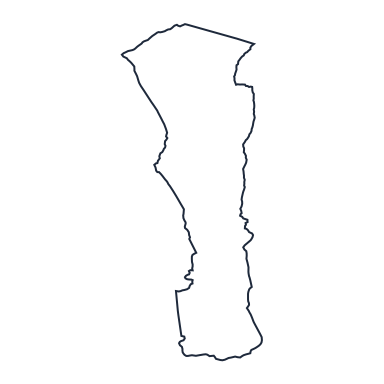 Primeira Cruz, Maranhão, Brazil (Mercator projection), rotated 181°
{"feature_id": "56859067B8659226080379", "entity_name": "Primeira Cruz", "entity_type": "district", "adm_level": 2, "iso_a3": "BRA", "parent_name": "Brazil", "parent_adm1": "Maranhão", "projection": "mercator", "projection_center": [-43.37, -2.679], "detail": "fine", "context": "isolated", "style": "outline", "palette": "slate", "viewbox_px": 384, "rotation_deg": 181, "n_neighbors": 0, "source": "geoboundaries", "source_scale": "gbopen_adm2", "svg_char_len": 4306}
<svg xmlns="http://www.w3.org/2000/svg" viewBox="0 0 384 384"><g transform="rotate(181 192 192)"><path d="M264.5,328.1L263.0,326.2L259.5,324.6L258.3,323.0L256.7,321.7L255.0,320.1L251.9,316.5L251.7,313.7L251.7,312.2L250.1,309.2L248.9,306.8L247.5,302.3L246.7,300.1L245.0,297.1L242.0,292.8L234.1,281.1L232.4,278.8L228.2,272.8L227.5,271.3L223.9,264.7L222.6,262.2L221.0,259.3L219.1,254.5L217.9,250.8L218.6,248.6L218.9,247.1L217.6,245.5L218.5,243.9L219.8,242.4L220.1,239.4L219.3,237.7L219.7,236.0L220.9,234.6L221.4,233.2L222.4,231.4L224.3,230.1L225.3,227.2L224.8,225.1L226.6,222.6L227.1,220.3L228.5,220.0L230.2,218.5L228.9,215.9L228.2,212.7L227.0,211.3L225.3,211.3L223.4,209.4L221.7,207.4L219.1,204.1L217.6,202.5L216.7,201.3L215.8,199.5L214.1,197.4L210.8,192.5L207.7,187.6L205.1,183.3L203.3,180.3L199.8,174.6L200.1,169.9L200.4,168.5L200.1,165.7L199.1,163.5L197.9,161.6L197.8,160.2L198.3,158.5L198.6,157.1L198.3,155.8L196.1,154.1L194.5,151.7L194.1,148.8L193.2,146.7L193.9,145.0L191.4,140.2L186.7,131.3L188.8,130.2L190.4,129.1L191.0,127.5L191.0,125.3L190.8,122.1L190.1,119.6L190.1,117.5L190.5,115.6L190.0,113.7L192.3,113.8L193.7,112.9L192.9,111.1L193.5,109.6L195.0,109.1L196.6,108.1L197.6,106.7L197.0,105.5L195.3,104.7L193.7,104.5L191.1,104.4L189.8,103.9L190.2,102.2L189.9,100.5L191.6,99.8L192.7,98.0L193.2,96.1L195.2,94.7L197.9,93.9L199.9,93.5L201.7,92.7L203.5,92.3L206.3,92.7L204.1,72.9L203.5,68.8L200.1,47.9L197.2,47.3L196.7,45.4L197.9,43.6L200.4,42.7L201.6,41.9L202.3,40.6L201.4,38.6L199.4,37.0L198.8,34.9L198.8,33.3L198.5,31.5L197.7,30.3L196.6,29.0L194.9,28.0L193.3,28.0L191.0,28.5L189.2,28.8L185.2,28.3L181.6,29.0L179.4,29.4L177.9,29.7L175.4,30.0L173.8,29.6L171.6,28.2L167.4,28.7L166.2,27.3L165.1,25.6L162.7,25.0L160.7,24.5L158.6,24.3L156.2,24.9L153.9,26.0L152.5,26.7L150.3,27.1L148.3,27.6L146.0,28.2L143.4,27.6L140.9,27.4L139.2,28.7L137.6,29.7L135.1,30.6L132.9,31.2L130.9,31.8L130.6,33.8L129.9,35.1L127.8,36.1L126.4,36.8L125.1,37.6L123.5,38.7L122.3,39.6L120.9,41.0L119.9,42.7L119.5,45.1L119.8,48.1L121.2,50.8L127.3,61.7L128.2,63.4L129.7,67.2L131.1,70.4L132.5,72.7L133.1,74.0L135.1,76.9L133.9,78.6L133.0,80.1L133.1,81.8L133.9,83.7L134.1,85.6L134.2,91.2L133.9,93.2L133.1,95.7L132.2,96.8L130.6,98.1L132.2,104.8L133.0,107.6L133.5,108.9L134.0,111.5L134.2,113.2L134.2,117.7L135.3,122.4L136.4,126.2L136.2,129.2L136.3,131.7L136.7,133.8L138.6,135.4L139.8,137.6L138.4,139.6L132.5,144.8L131.6,146.2L130.7,147.9L130.2,150.0L131.2,151.6L134.2,152.9L135.4,154.8L136.9,156.1L138.5,156.5L138.4,158.9L137.5,160.2L137.9,161.9L135.9,162.9L136.1,165.2L138.1,165.8L140.3,166.5L141.3,168.0L143.5,169.1L143.1,170.6L142.0,171.7L142.5,174.1L143.4,176.0L142.2,178.4L141.6,181.1L141.7,183.3L142.3,185.3L142.0,187.6L141.3,190.9L141.0,192.3L140.6,193.7L140.1,195.0L139.7,196.4L139.3,197.9L140.0,199.3L139.8,201.2L139.9,202.9L139.5,205.1L140.3,207.2L140.3,209.3L140.6,211.1L140.8,213.2L141.3,215.9L140.0,218.7L139.2,220.3L138.4,222.2L137.9,225.2L138.8,227.2L138.7,229.1L139.9,231.4L140.9,232.6L140.7,234.4L140.7,236.7L141.5,238.3L141.7,240.5L140.0,243.0L139.1,244.8L137.9,245.8L137.1,247.0L136.1,248.7L135.6,250.7L134.5,252.0L133.6,254.0L133.4,256.1L132.8,257.6L132.3,259.6L132.0,261.8L131.7,263.6L131.0,265.8L130.6,267.4L131.1,269.8L131.6,271.1L131.3,273.3L131.7,275.7L131.3,277.1L131.2,279.2L131.4,281.4L131.7,283.3L132.2,284.6L131.9,286.5L132.0,288.4L131.9,291.1L133.0,292.7L133.5,294.8L133.5,296.6L133.7,298.1L135.1,298.4L136.8,298.0L138.2,298.9L140.0,299.0L140.9,300.3L143.5,300.4L146.1,300.3L148.3,300.5L149.8,300.0L150.7,302.2L151.5,304.4L151.5,306.7L151.9,308.2L151.1,309.6L150.9,311.1L150.4,312.6L149.6,315.1L149.8,317.5L149.7,319.5L148.2,320.7L148.0,323.4L146.8,325.0L145.8,326.5L144.4,328.2L142.6,329.5L142.2,330.8L140.7,332.2L139.3,332.8L138.1,334.2L136.1,335.8L136.2,337.3L135.2,339.0L132.6,341.1L150.1,346.2L151.7,346.6L200.0,359.3L202.0,359.7L203.6,358.9L205.3,358.2L206.8,357.4L208.8,358.0L210.0,358.9L212.4,358.0L215.1,355.5L216.6,354.4L218.7,354.1L220.4,353.3L222.0,352.3L224.6,351.5L226.6,351.1L228.2,351.3L229.7,350.7L231.1,349.6L232.8,348.4L234.4,347.3L236.3,345.6L237.6,344.4L238.8,343.2L240.8,342.5L242.6,341.8L244.1,340.8L244.9,339.6L246.1,338.7L247.5,337.7L249.2,336.4L251.4,334.3L252.7,333.4L254.2,332.8L258.4,331.8L260.9,330.5L262.8,329.6L264.5,328.1Z" fill="none" stroke="#1e293b" stroke-width="2"/></g></svg>